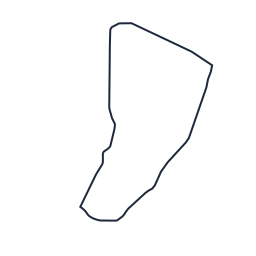 the border of Pathum Thani, rotated 296°
{"feature_id": "THA-413", "entity_name": "Pathum Thani", "entity_type": "Province", "adm_level": 1, "iso_a3": "THA", "parent_name": "Thailand", "parent_adm1": "", "projection": "orthographic", "projection_center": [100.58, 14.09], "detail": "fine", "context": "isolated", "style": "outline", "palette": "slate", "viewbox_px": 256, "rotation_deg": 296, "n_neighbors": 0, "source": "natural_earth", "source_scale": "10m", "svg_char_len": 768}
<svg xmlns="http://www.w3.org/2000/svg" viewBox="0 0 256 256"><g transform="rotate(296 128 128)"><path d="M209.7,68.9L211.8,69.4L218.1,74.1L223.7,85.2L224.5,151.7L221.5,174.2L221.3,176.1L214.9,177.8L207.1,178.5L198.6,180.7L145.8,187.1L140.6,186.4L114.6,178.7L103.3,176.8L88.4,177.3L84.0,176.3L81.2,174.2L77.5,172.2L55.7,163.6L51.7,162.8L48.3,162.4L46.1,161.8L40.3,158.8L39.4,157.7L32.8,143.8L32.2,141.6L31.6,137.9L31.5,135.3L31.7,132.7L32.2,130.5L34.6,126.1L35.6,122.8L36.2,119.7L72.4,119.6L83.2,120.7L85.1,120.7L86.7,120.2L93.8,116.7L95.4,116.5L96.6,116.8L99.3,118.4L101.7,119.5L102.9,119.9L104.2,120.0L120.6,116.4L123.8,115.4L125.8,114.5L129.9,109.3L136.6,103.3L138.3,102.1L193.8,75.7L208.1,69.2L209.7,68.9Z" fill="none" stroke="#1e293b" stroke-width="2"/></g></svg>